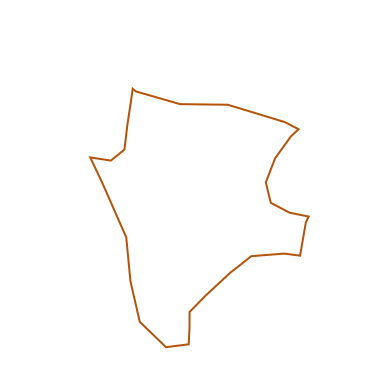 map outline of Andrijevica (Robinson projection), rotated 231°
{"feature_id": "MNE-1508", "entity_name": "Andrijevica", "entity_type": "Municipality", "adm_level": 1, "iso_a3": "MNE", "parent_name": "Montenegro", "parent_adm1": "", "projection": "robinson", "projection_center": [19.742, 42.708], "detail": "fine", "context": "isolated", "style": "outline", "palette": "amber", "viewbox_px": 384, "rotation_deg": 231, "n_neighbors": 0, "source": "natural_earth", "source_scale": "10m", "svg_char_len": 561}
<svg xmlns="http://www.w3.org/2000/svg" viewBox="0 0 384 384"><g transform="rotate(231 192 192)"><path d="M173.7,314.3L173.0,304.0L165.9,277.8L153.0,255.4L134.0,246.4L114.5,254.8L99.5,267.2L99.3,266.8L96.7,261.3L74.5,235.9L86.1,224.9L104.8,197.7L105.2,170.9L102.9,137.1L100.3,114.6L87.8,104.4L75.7,93.6L87.8,74.1L114.3,70.9L124.0,69.7L161.6,88.1L198.0,112.3L254.3,127.7L282.9,134.7L267.5,148.7L267.5,166.2L284.6,183.8L309.2,210.6L309.5,210.9L305.4,211.7L267.8,238.0L237.3,274.7L187.6,308.3L173.7,314.3Z" fill="none" stroke="#b45309" stroke-width="2"/></g></svg>